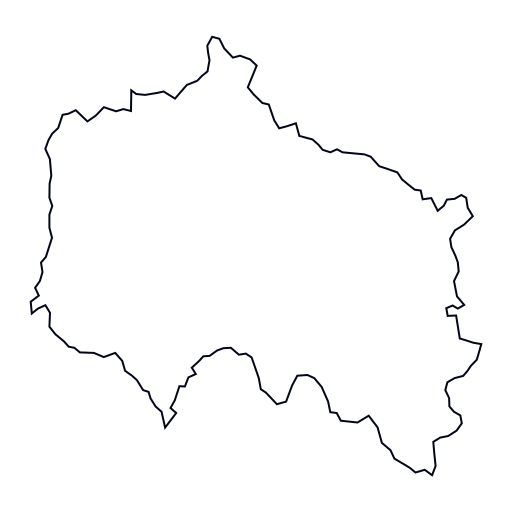 Boqueirão do Leão, Rio Grande do Sul, Brazil
{"feature_id": "56859067B66927838665676", "entity_name": "Boqueirão do Leão", "entity_type": "district", "adm_level": 2, "iso_a3": "BRA", "parent_name": "Brazil", "parent_adm1": "Rio Grande do Sul", "projection": "equal_earth", "projection_center": [-52.406, -29.305], "detail": "fine", "context": "isolated", "style": "outline", "palette": "ink", "viewbox_px": 512, "rotation_deg": 0, "n_neighbors": 0, "source": "geoboundaries", "source_scale": "gbopen_adm2", "svg_char_len": 2313}
<svg xmlns="http://www.w3.org/2000/svg" viewBox="0 0 512 512"><path d="M95.9,115.5L87.4,121.4L75.8,110.2L68.5,113.7L62.6,114.8L58.2,128.0L52.2,133.6L48.5,140.1L45.3,148.9L49.9,159.1L51.3,175.8L49.6,183.6L49.4,197.7L52.3,205.9L49.4,214.6L49.4,227.7L52.0,237.7L45.9,256.9L41.0,262.6L42.5,272.1L39.9,281.0L35.1,287.8L38.8,295.6L30.7,301.7L31.8,313.5L37.9,308.6L45.4,305.2L50.0,312.8L49.4,326.7L55.4,334.3L64.0,341.4L68.7,346.7L74.4,347.8L79.9,352.4L93.9,352.9L103.8,357.1L115.2,352.9L122.2,360.8L125.1,370.8L132.0,375.7L136.9,380.1L143.1,390.1L148.6,391.9L150.6,398.5L155.6,406.5L161.6,411.8L165.1,427.6L176.2,413.0L170.5,408.0L174.8,400.3L179.4,386.2L184.9,386.5L188.4,377.4L195.8,374.0L191.8,367.7L199.3,360.8L203.3,356.3L209.6,355.9L217.1,350.5L223.3,348.2L230.9,347.8L238.9,354.7L245.8,353.6L251.6,357.4L258.8,378.1L260.8,389.2L265.9,392.6L276.9,404.2L286.1,401.6L292.1,385.5L297.3,375.7L307.4,375.0L314.3,378.1L321.7,387.0L328.1,401.5L330.3,412.2L336.7,413.0L340.8,420.7L357.5,422.5L368.7,415.7L373.3,421.8L377.5,427.2L381.9,442.9L390.5,450.2L394.4,458.6L399.6,461.7L409.8,467.8L415.5,472.5L424.7,469.8L432.1,475.2L435.6,466.0L434.2,452.6L433.3,441.8L440.2,437.6L448.2,436.0L456.6,430.6L461.8,423.3L460.3,415.4L454.0,411.8L449.4,406.4L449.1,398.0L445.3,390.1L447.4,382.3L454.6,378.1L463.2,375.9L467.3,371.1L471.0,365.7L476.8,359.7L479.3,351.2L481.3,344.1L473.2,342.7L465.5,340.2L459.8,338.5L456.1,315.5L447.7,315.9L446.3,308.2L452.6,305.5L457.8,308.6L464.2,304.9L457.0,296.4L454.0,281.1L458.7,271.4L457.8,262.3L455.5,256.0L451.4,247.2L450.1,238.8L454.9,230.4L464.1,224.6L472.8,216.2L467.7,207.7L466.2,197.8L461.3,195.0L454.7,198.8L446.9,199.6L443.8,205.7L437.7,210.8L431.3,198.1L422.7,199.3L420.7,190.5L414.7,189.7L408.3,184.6L402.0,179.4L397.4,172.4L386.5,168.6L379.2,166.2L370.7,156.7L364.6,154.4L342.5,152.3L337.0,149.3L330.4,152.3L322.6,149.8L318.6,144.9L312.6,139.5L299.3,135.9L295.9,123.3L286.7,126.3L279.2,128.3L274.3,120.5L268.8,104.5L262.4,103.0L253.6,94.4L247.8,87.3L256.7,65.6L250.1,59.4L240.0,55.7L232.9,57.6L224.2,48.4L219.4,38.8L212.2,36.8L207.3,45.7L208.1,52.7L209.5,60.3L207.5,71.4L201.8,76.0L197.4,80.7L186.9,84.9L175.0,98.6L163.6,91.5L157.4,92.9L145.1,94.9L136.2,94.0L131.3,90.3L131.0,111.0L123.3,109.1L116.1,111.3L103.9,107.2L95.9,115.5Z" fill="none" stroke="#020617" stroke-width="2"/></svg>